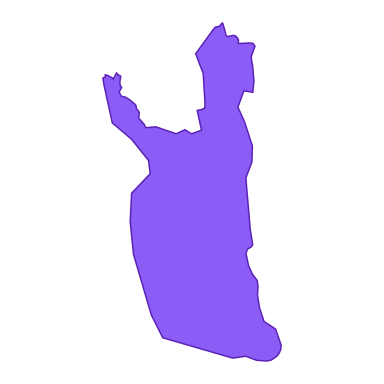 the district of Degema, Rivers, Nigeria
{"feature_id": "59680162B23543460253472", "entity_name": "Degema", "entity_type": "district", "adm_level": 2, "iso_a3": "NGA", "parent_name": "Nigeria", "parent_adm1": "Rivers", "projection": "robinson", "projection_center": [6.907, 4.58], "detail": "fine", "context": "isolated", "style": "filled", "palette": "violet", "viewbox_px": 384, "rotation_deg": 0, "n_neighbors": 0, "source": "geoboundaries", "source_scale": "gbopen_adm2", "svg_char_len": 1482}
<svg xmlns="http://www.w3.org/2000/svg" viewBox="0 0 384 384"><path d="M162.8,337.8L231.3,357.7L233.2,358.1L245.7,356.2L256.6,360.3L260.8,360.6L262.4,360.7L267.3,361.0L271.2,360.1L277.1,356.0L279.3,352.9L280.9,349.1L281.1,344.9L279.7,340.9L275.6,329.1L264.0,321.4L259.5,307.8L257.5,294.9L258.0,286.6L257.2,280.5L252.5,274.3L248.6,265.8L246.0,253.4L247.4,249.3L251.3,246.8L252.7,244.8L250.3,229.8L246.8,189.3L245.9,177.9L251.9,162.0L252.4,146.0L244.5,121.7L237.9,107.1L243.9,90.8L252.8,92.3L253.9,81.5L253.9,81.2L253.2,72.1L252.6,65.9L251.3,58.7L251.4,56.1L255.0,46.2L254.9,46.0L252.7,43.2L249.0,43.0L239.2,43.5L238.3,43.5L238.5,40.1L237.6,38.0L235.2,35.7L233.5,35.4L231.5,35.7L227.6,36.6L226.0,35.2L224.4,28.7L222.9,23.7L222.2,23.0L218.7,27.0L217.5,26.6L215.3,27.1L213.1,29.7L195.7,53.7L197.7,59.1L199.7,64.5L203.2,73.3L203.9,85.6L205.1,104.4L204.6,108.1L201.5,109.6L197.2,110.4L201.5,130.2L196.2,132.1L191.4,133.8L185.0,129.7L176.2,133.8L155.8,126.8L145.8,127.7L144.1,124.2L138.7,118.2L139.2,113.0L138.6,110.9L136.5,108.9L135.8,105.0L130.0,100.0L125.5,97.2L121.0,96.0L119.2,91.8L120.2,90.0L121.7,87.5L120.1,85.2L119.9,81.4L120.8,76.3L118.3,74.8L116.5,73.0L113.2,79.2L112.3,77.9L109.5,76.4L108.3,75.7L105.3,74.8L105.2,75.6L105.4,76.5L105.3,77.0L102.9,78.0L104.0,85.0L105.0,89.5L112.1,121.9L112.3,122.9L131.6,139.3L136.3,145.2L148.6,160.6L150.2,173.7L131.6,193.2L131.0,205.5L130.2,221.7L133.5,254.3L151.4,315.2L162.8,337.8Z" fill="#8b5cf6" stroke="#5b21b6" stroke-width="1.5"/></svg>